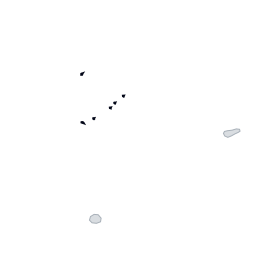 Maldives, with Alifu Dhaalu highlighted, rotated 52°
{"feature_id": "MDV-5232", "entity_name": "Alifu Dhaalu", "entity_type": "Atoll", "adm_level": 1, "iso_a3": "MDV", "parent_name": "Maldives", "parent_adm1": "", "projection": "orthographic", "projection_center": [72.869, 3.67], "detail": "coarse", "context": "in_parent", "style": "outline", "palette": "ink", "viewbox_px": 256, "rotation_deg": 52, "n_neighbors": 0, "source": "natural_earth", "source_scale": "10m", "svg_char_len": 1034}
<svg xmlns="http://www.w3.org/2000/svg" viewBox="0 0 256 256"><g transform="rotate(52 128 128)"><path d="M196.8,55.1L193.8,56.7L191.0,56.1L190.1,54.1L191.5,51.1L193.8,47.3L195.4,43.2L197.7,40.9L199.5,41.7L199.3,44.0L198.5,47.2L197.9,51.3L196.8,55.1ZM180.6,214.7L176.9,215.1L174.7,212.1L175.2,207.9L178.0,204.9L182.5,204.7L185.0,207.4L183.7,211.5L180.6,214.7Z" fill="#d9dde1" stroke="#a8b0b8" stroke-width="1"/><path d="M97.2,159.9L94.4,161.7L95.1,160.4L95.8,159.9L96.5,159.8L97.2,159.9ZM57.0,130.0L57.2,130.6L57.6,131.0L57.8,131.4L57.3,132.1L56.5,131.5L56.5,131.1L56.8,130.6L57.0,130.0ZM101.3,128.8L101.5,129.2L101.9,129.5L101.2,130.0L100.7,129.7L100.8,129.5L101.1,129.2L101.3,128.8ZM99.5,148.5L99.7,148.9L100.1,149.1L100.1,149.4L99.5,149.7L98.9,149.4L99.0,149.1L99.3,148.9L99.5,148.5ZM100.0,111.2L100.2,111.6L100.5,111.9L100.6,112.1L99.9,112.4L99.4,112.1L100.0,111.2ZM100.2,122.3L100.4,122.7L100.7,122.9L100.8,123.2L100.1,123.5L99.6,123.2L99.7,122.9L100.0,122.7L100.2,122.3Z" fill="none" stroke="#020617" stroke-width="2"/></g></svg>